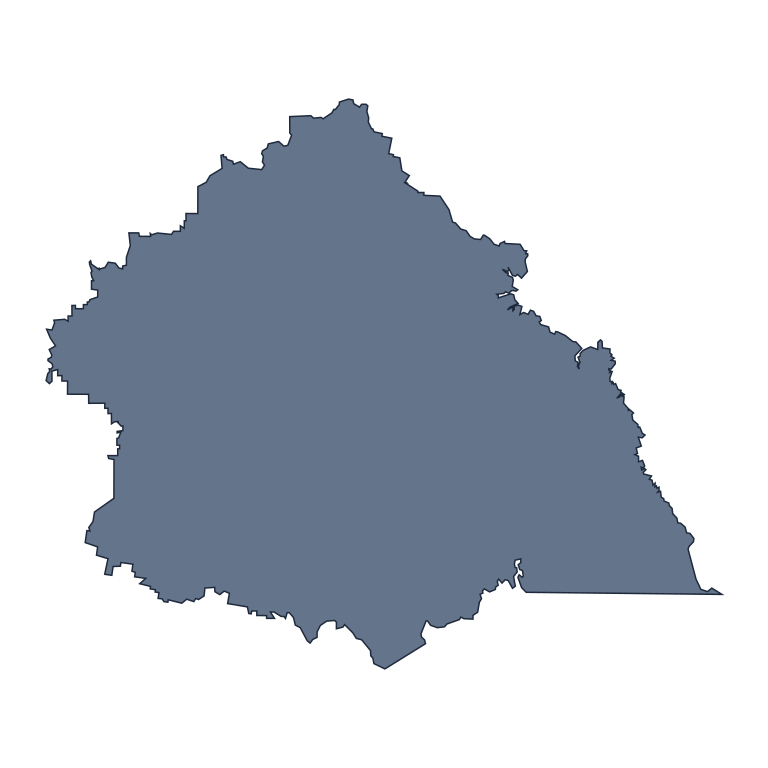 the district of Murrindindi, Victoria, Australia
{"feature_id": "25037944B67422185849488", "entity_name": "Murrindindi", "entity_type": "district", "adm_level": 2, "iso_a3": "AUS", "parent_name": "Australia", "parent_adm1": "Victoria", "projection": "mercator", "projection_center": [145.689, -37.281], "detail": "fine", "context": "isolated", "style": "filled", "palette": "slate", "viewbox_px": 768, "rotation_deg": 0, "n_neighbors": 0, "source": "geoboundaries", "source_scale": "gbopen_adm2", "svg_char_len": 6065}
<svg xmlns="http://www.w3.org/2000/svg" viewBox="0 0 768 768"><path d="M367.8,105.8L365.9,104.2L361.6,104.3L359.5,107.1L353.8,103.7L352.9,99.9L348.5,99.1L339.5,102.0L339.2,104.7L335.4,109.5L333.8,109.4L332.0,112.8L323.1,118.8L321.0,117.4L313.6,118.2L310.8,115.7L289.7,116.6L289.8,133.0L291.6,135.2L287.8,145.3L283.9,146.2L278.6,141.5L268.3,143.9L267.1,148.1L262.5,150.8L261.7,153.7L263.4,156.5L262.4,161.9L264.5,165.2L261.7,169.6L248.3,168.2L240.3,161.7L233.4,164.2L232.8,161.3L226.9,159.4L226.2,157.1L223.6,156.7L223.4,154.7L221.0,155.4L222.1,168.4L210.0,175.7L206.2,182.3L197.9,186.6L197.8,213.6L186.0,213.5L186.0,220.8L184.3,220.8L184.2,228.3L180.4,225.8L180.3,231.3L173.5,231.3L171.5,234.4L157.4,233.0L151.7,234.8L150.3,233.5L150.5,236.4L139.5,236.3L138.7,232.9L128.9,232.9L130.3,245.6L126.4,257.3L126.4,265.2L122.7,266.0L122.6,268.9L118.8,267.9L115.3,263.2L108.3,262.2L105.1,267.4L99.7,269.1L99.1,267.6L99.1,269.6L91.5,264.2L90.6,260.8L89.4,261.9L89.6,264.3L92.0,271.2L91.0,272.5L91.8,277.0L93.7,280.7L91.5,280.7L91.5,289.2L97.7,290.1L97.7,297.0L90.0,299.6L88.9,302.0L87.3,302.0L87.3,304.6L83.4,304.6L83.4,308.7L75.5,308.7L75.4,305.4L71.9,305.5L72.0,316.0L68.1,316.0L68.1,321.2L64.7,319.3L53.9,320.2L54.6,322.9L52.0,330.0L46.6,329.2L50.4,338.2L55.5,345.9L49.2,349.5L51.8,355.1L51.2,357.4L48.0,359.0L48.0,360.7L52.2,363.8L52.8,366.9L51.1,369.0L49.2,368.8L49.7,371.4L47.8,373.6L46.1,380.5L49.4,383.6L52.0,381.2L51.9,371.1L57.7,369.6L57.7,375.7L61.9,375.6L61.9,381.0L67.6,381.1L67.5,394.2L88.6,394.3L88.7,403.3L104.8,403.2L104.8,408.3L108.0,408.3L108.0,413.6L111.4,413.5L111.5,423.8L114.2,422.0L117.2,421.4L119.0,421.7L117.0,421.7L121.3,426.2L122.9,426.0L122.9,430.6L117.1,431.4L117.1,432.9L120.8,432.2L118.7,437.8L116.9,438.4L116.9,445.2L119.6,445.2L119.6,448.8L117.7,448.8L117.7,455.6L107.9,455.6L108.7,458.5L114.0,459.5L113.9,498.3L94.5,512.0L93.0,521.5L88.8,527.5L89.9,531.0L86.9,530.6L85.2,542.6L97.6,546.9L96.5,555.2L108.0,558.7L104.7,574.3L111.8,575.3L113.1,566.5L120.4,566.2L120.9,562.5L132.9,564.2L131.9,571.2L135.3,572.4L134.6,576.8L145.7,578.4L139.7,583.7L150.5,586.4L150.2,588.9L155.4,589.7L155.1,592.0L158.9,592.6L158.1,598.4L162.2,598.9L163.9,601.6L167.9,602.2L168.2,599.8L181.8,603.2L186.7,599.2L193.8,601.6L195.7,598.5L198.6,599.5L204.1,595.9L204.9,588.0L214.7,587.4L214.9,591.7L219.8,594.6L224.2,591.1L229.4,593.3L227.6,603.6L247.4,606.9L248.8,613.5L251.2,613.9L251.7,611.0L256.8,611.0L256.8,615.5L266.6,615.6L266.6,618.4L274.5,618.4L270.4,612.0L274.0,612.0L281.1,616.4L284.0,616.5L285.5,618.5L287.2,612.6L289.5,612.8L293.5,617.6L295.3,625.1L300.2,627.6L307.2,640.7L310.1,643.1L312.7,639.5L317.1,637.3L317.1,632.0L320.3,625.5L326.7,621.1L334.7,620.5L336.4,622.1L336.4,628.8L342.9,627.1L344.6,624.6L352.8,632.8L356.3,638.4L361.7,639.8L370.5,650.6L370.8,655.9L372.9,658.2L373.9,663.6L384.9,668.9L425.5,643.7L424.6,640.0L421.4,636.9L421.0,633.8L426.1,620.9L427.6,621.0L430.6,625.3L437.4,627.7L444.5,626.8L447.0,624.0L459.3,619.6L460.9,617.1L463.9,618.7L473.0,619.1L472.9,615.4L477.6,612.3L479.4,602.2L481.5,598.7L480.1,594.3L482.9,593.1L482.5,591.0L484.3,588.9L489.6,591.9L495.3,589.5L495.7,587.0L498.2,585.2L497.3,581.3L498.6,579.1L502.0,583.1L505.3,579.7L508.2,580.5L512.5,588.3L515.3,586.2L513.6,576.6L517.2,571.9L516.6,567.6L515.1,567.5L514.4,564.2L515.1,560.2L520.8,558.9L520.8,562.6L518.2,564.7L519.7,569.5L522.5,570.6L523.3,576.2L522.3,577.3L519.1,574.8L517.9,577.3L521.6,587.6L526.2,592.3L721.9,594.4L711.8,588.1L707.5,591.6L700.9,589.4L696.0,579.1L688.1,549.3L688.8,546.7L693.4,541.8L693.9,538.5L690.0,533.4L686.6,532.8L685.1,527.1L680.6,523.2L677.8,522.9L676.9,518.1L672.7,513.6L672.1,508.4L669.4,505.7L668.8,503.0L664.1,501.1L663.7,498.6L661.3,497.3L660.5,491.3L657.7,492.2L659.1,490.4L659.0,487.2L656.9,488.1L656.4,485.9L654.9,486.8L655.1,483.2L653.0,485.1L652.1,480.2L649.3,479.3L651.5,476.0L643.7,474.0L643.3,472.3L645.9,469.7L644.6,468.5L641.6,469.9L641.2,467.1L643.1,468.0L644.7,466.0L642.5,460.4L638.6,461.7L638.5,456.2L634.9,454.6L637.5,453.4L636.2,448.0L641.3,446.1L638.3,437.2L642.2,437.8L645.0,435.0L642.3,433.3L639.7,427.0L638.2,427.4L637.8,424.4L632.8,420.1L631.9,414.5L633.5,413.0L629.3,409.4L628.0,410.9L628.6,409.0L623.5,403.1L624.1,396.9L622.8,396.3L624.4,394.6L623.2,393.8L622.2,395.5L622.0,394.2L619.1,397.3L617.4,397.6L621.7,392.6L620.5,392.0L621.1,390.4L618.1,389.5L615.6,383.6L613.6,384.5L613.3,382.7L611.9,383.5L612.3,381.5L610.2,381.6L609.8,378.0L612.1,371.7L609.7,372.4L610.6,370.7L608.7,370.0L608.9,368.6L611.2,369.0L615.3,363.8L615.1,361.1L611.1,360.3L614.2,358.2L610.9,356.2L612.0,354.8L609.9,352.9L610.0,349.0L602.4,347.9L602.1,341.5L600.5,339.9L597.9,342.2L597.7,349.5L590.6,346.9L583.1,350.4L580.2,353.5L580.1,356.2L578.0,357.2L580.0,362.3L578.4,365.8L579.2,369.2L577.4,366.4L578.1,362.3L575.3,360.9L574.9,355.8L581.8,348.5L575.9,341.9L572.8,341.6L565.4,335.6L557.7,331.9L555.7,331.6L554.6,334.2L550.0,332.1L548.6,326.9L540.7,324.6L539.2,322.0L541.3,320.5L539.8,316.4L536.1,315.8L533.6,311.3L530.4,310.2L528.1,314.3L523.6,312.5L519.9,314.6L521.9,306.5L518.1,305.0L514.2,306.2L514.2,309.6L512.9,310.8L512.9,306.9L507.4,309.9L509.9,307.2L518.1,303.4L514.8,299.7L513.7,294.8L510.9,293.8L498.3,297.9L498.3,295.6L496.8,294.3L504.0,293.4L505.3,291.8L508.9,293.1L511.9,290.4L516.0,291.1L517.8,289.8L512.2,286.5L513.3,280.1L512.5,277.5L507.8,275.3L508.3,273.1L506.0,272.7L502.3,269.3L507.6,271.6L509.0,269.7L508.1,267.2L512.4,275.4L515.4,276.2L517.7,274.5L521.5,278.2L527.4,271.5L525.1,261.7L525.4,258.9L527.8,255.8L527.7,253.8L525.6,253.7L526.7,250.8L524.1,250.7L520.1,244.3L505.1,243.5L504.5,241.4L500.0,243.5L499.3,246.0L494.1,244.3L489.8,238.8L484.6,235.3L483.3,235.1L480.6,239.5L474.3,238.9L470.0,236.3L466.2,230.7L460.7,229.0L455.5,223.0L452.6,222.1L449.0,209.7L440.0,196.1L423.8,195.3L423.9,192.5L417.9,192.5L417.9,191.2L405.2,182.9L406.7,182.8L405.2,181.9L409.3,175.6L401.9,170.9L399.8,157.8L393.2,156.5L393.5,154.7L388.7,153.6L391.8,138.2L381.8,136.2L382.3,133.6L374.0,131.8L372.8,128.9L371.5,128.8L368.3,122.0L368.7,117.9L366.9,111.5L367.8,105.8Z" fill="#64748b" stroke="#1e293b" stroke-width="1.5"/></svg>